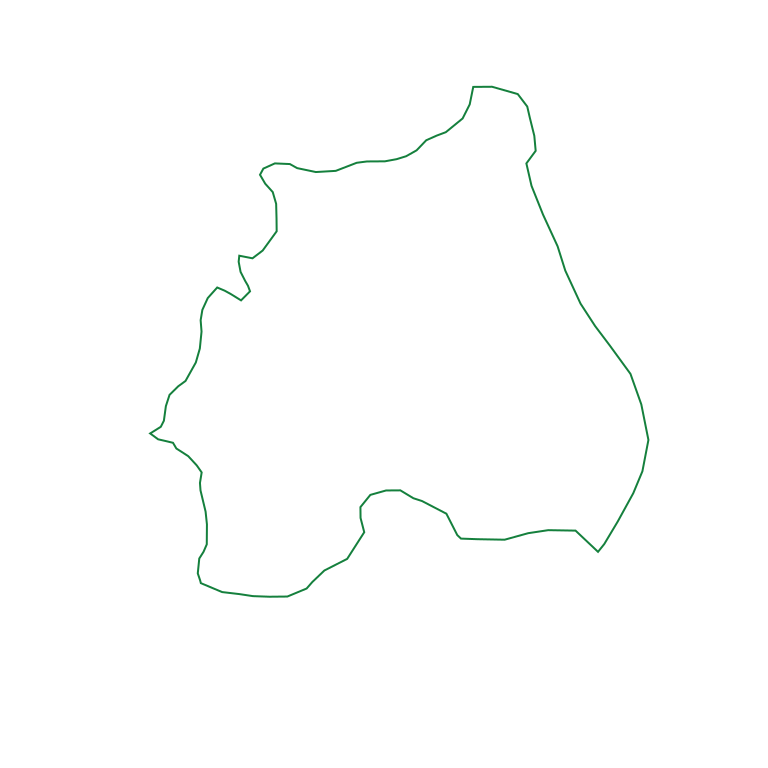 outline of Tanjung Manis, Sarawak, Malaysia, rotated 153°
{"feature_id": "92858781B89003651780550", "entity_name": "Tanjung Manis", "entity_type": "district", "adm_level": 2, "iso_a3": "MYS", "parent_name": "Malaysia", "parent_adm1": "Sarawak", "projection": "orthographic", "projection_center": [111.343, 2.279], "detail": "fine", "context": "isolated", "style": "outline", "palette": "green", "viewbox_px": 768, "rotation_deg": 153, "n_neighbors": 0, "source": "geoboundaries", "source_scale": "gbopen_adm2", "svg_char_len": 1570}
<svg xmlns="http://www.w3.org/2000/svg" viewBox="0 0 768 768"><g transform="rotate(153 384 384)"><path d="M598.3,420.8L591.2,408.6L587.8,396.5L586.6,388.0L592.9,379.4L595.8,372.5L600.9,351.3L605.5,339.3L614.7,321.6L621.0,316.4L627.8,312.4L635.9,299.8L637.0,292.4L637.6,289.7L622.7,272.1L608.3,262.5L597.1,254.5L582.7,246.5L566.6,238.5L545.8,236.9L537.8,240.1L521.8,244.9L509.0,244.9L496.2,244.9L468.9,260.9L465.7,275.3L460.9,285.0L446.5,291.4L430.5,288.2L417.7,281.8L409.7,268.9L403.3,262.5L387.3,240.1L387.3,228.9L387.3,216.1L385.6,211.3L371.2,203.3L347.2,190.5L323.2,185.6L304.0,179.2L279.9,166.4L269.5,137.3L260.4,141.4L238.1,155.4L211.5,173.5L193.4,188.9L173.8,214.1L164.0,249.0L159.8,281.1L165.4,316.1L169.6,339.8L172.4,366.4L171.0,402.7L166.8,427.9L165.4,462.8L162.6,493.6L157.0,515.9L143.0,522.9L137.4,536.9L133.2,555.0L130.4,566.2L133.2,581.6L152.8,599.8L169.6,608.2L180.7,594.2L193.4,584.9L214.6,580.3L224.3,581.4L235.7,582.0L248.9,577.4L260.9,576.9L270.7,578.6L282.1,582.0L298.1,590.0L307.9,593.5L330.2,595.8L348.5,603.8L363.4,615.8L368.0,622.7L381.1,630.1L393.7,630.7L399.5,626.7L398.9,616.4L396.0,605.5L398.3,593.5L404.6,580.3L410.3,568.8L431.5,558.0L444.1,555.7L454.7,564.0L458.0,558.9L460.9,549.0L460.9,543.5L460.9,538.8L460.6,533.3L461.3,527.4L473.4,523.4L479.6,533.6L483.6,539.5L488.8,545.7L502.0,540.6L512.2,532.5L518.4,524.1L522.8,513.5L532.0,499.2L541.9,488.6L559.5,476.8L568.3,475.4L580.0,471.7L588.4,463.3L596.8,451.2L602.3,447.2L614.8,446.1L610.4,437.3L604.2,432.1L598.7,427.4L598.3,420.8Z" fill="none" stroke="#15803d" stroke-width="2"/></g></svg>